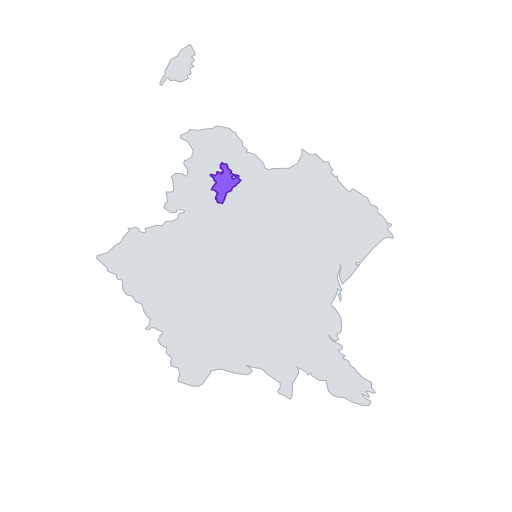 France, with Drôme highlighted, rotated 211°
{"feature_id": "FRA-5288", "entity_name": "Drôme", "entity_type": "Metropolitan department", "adm_level": 1, "iso_a3": "FRA", "parent_name": "France", "parent_adm1": "", "projection": "robinson", "projection_center": [5.26, 44.733], "detail": "fine", "context": "in_parent", "style": "filled", "palette": "violet", "viewbox_px": 512, "rotation_deg": 211, "n_neighbors": 0, "source": "natural_earth", "source_scale": "10m", "svg_char_len": 7085}
<svg xmlns="http://www.w3.org/2000/svg" viewBox="0 0 512 512"><g transform="rotate(211 256 256)"><path d="M379.9,214.0L377.0,215.4L375.2,218.1L373.4,218.8L370.0,218.8L368.3,217.1L364.3,218.2L362.7,220.0L365.1,222.2L357.1,231.1L352.0,233.5L350.9,239.4L344.8,243.7L342.6,248.4L342.4,249.3L344.0,250.8L343.3,253.8L340.3,255.7L340.3,257.7L341.2,257.9L345.9,256.4L347.6,254.6L346.7,252.2L351.4,249.2L359.9,249.9L360.9,253.9L359.8,257.2L366.0,264.5L360.7,267.9L360.4,270.1L365.9,277.4L369.4,280.4L367.6,285.3L361.8,288.4L358.1,288.2L356.5,289.0L356.7,290.5L359.3,295.0L365.6,297.9L366.5,301.3L364.8,302.5L362.0,307.6L363.2,310.1L362.8,311.2L363.4,313.0L365.1,314.7L373.8,319.0L381.7,318.2L382.7,320.7L377.9,327.4L378.2,330.4L375.8,330.5L375.4,331.5L370.5,333.7L362.7,340.5L359.1,342.5L357.6,345.9L355.5,347.9L344.2,351.8L342.1,350.9L336.6,351.0L333.2,348.5L326.6,347.0L324.4,343.4L318.3,342.7L318.0,340.3L309.3,342.5L297.2,339.2L293.0,335.8L289.5,336.7L286.3,339.8L273.2,348.0L268.0,356.6L268.9,366.5L271.8,371.4L263.8,370.7L259.1,372.1L257.8,374.2L246.6,371.8L242.4,373.8L241.2,373.7L239.8,371.6L234.3,369.2L235.2,367.6L234.4,366.1L229.3,364.9L227.4,366.4L225.5,363.5L211.0,359.0L208.7,359.0L207.6,363.5L198.3,363.4L196.9,362.6L190.9,363.5L184.5,359.3L177.4,360.2L173.1,355.8L168.9,355.5L162.9,353.3L160.2,352.1L159.9,350.9L158.1,352.8L155.8,352.4L155.4,351.8L156.9,349.4L157.3,346.6L149.8,344.5L147.9,342.5L147.9,341.5L152.0,340.5L155.7,336.7L159.6,322.6L162.6,306.1L164.5,302.9L166.8,302.1L165.0,299.8L162.7,302.8L164.5,287.7L167.5,276.4L173.6,281.0L175.0,283.0L176.7,289.7L180.1,292.5L177.9,289.8L175.9,280.9L174.6,278.4L164.9,270.9L164.6,269.2L168.9,270.1L167.3,264.5L166.7,252.8L160.7,251.6L151.3,246.6L145.0,237.7L144.4,234.4L146.2,230.8L144.8,228.6L142.1,227.0L144.3,224.0L146.3,223.7L153.2,225.4L147.6,222.5L138.4,223.5L134.8,222.5L134.3,220.4L136.8,217.7L133.9,216.0L128.6,216.4L128.0,215.7L129.6,213.7L128.3,213.0L124.0,213.7L121.6,213.1L119.4,210.9L112.6,210.4L111.1,209.1L101.7,206.6L91.8,207.0L89.2,202.6L83.2,200.4L84.5,199.0L90.6,197.7L91.9,196.5L87.5,194.7L86.1,192.8L94.2,192.4L90.6,190.5L82.8,190.6L81.9,188.0L83.0,185.3L87.7,182.8L99.1,180.2L107.4,180.1L113.4,177.0L119.2,176.1L124.6,177.7L131.8,185.4L137.8,182.0L146.6,182.1L148.4,184.0L150.8,180.5L152.7,182.5L163.5,181.9L161.1,180.5L159.1,177.2L159.1,165.2L153.9,156.5L152.7,153.3L153.1,150.6L159.5,151.1L164.8,149.9L167.4,150.7L167.8,156.3L170.0,159.6L184.7,160.6L193.2,162.3L200.4,159.2L207.2,157.7L207.7,157.0L203.9,157.3L200.4,155.9L199.9,154.4L201.9,150.0L212.2,145.2L227.3,141.1L231.2,138.4L235.8,133.5L234.8,132.3L235.8,119.1L238.1,114.7L243.8,111.6L258.3,108.4L260.1,112.6L259.9,115.0L263.7,118.7L265.6,119.9L272.0,117.9L274.9,121.3L275.8,125.2L283.4,126.8L285.6,131.9L287.0,130.8L291.8,131.0L294.0,131.5L297.1,133.7L296.2,136.7L297.5,138.2L296.2,141.0L297.1,142.2L305.9,142.2L308.5,140.9L309.8,138.1L312.4,136.5L313.4,137.0L311.7,142.2L313.0,143.6L313.6,147.4L316.9,147.7L323.4,150.8L328.8,155.8L335.6,155.0L340.9,157.8L346.4,156.3L351.6,157.9L353.4,159.4L358.3,166.5L362.0,165.0L364.6,165.9L365.5,167.9L375.4,166.7L377.2,168.7L379.3,169.5L391.8,172.1L392.0,174.8L384.9,182.4L381.8,193.1L379.7,196.9L379.0,199.7L379.6,201.6L379.2,204.5L377.8,211.5L378.7,213.6L379.9,214.0ZM428.0,360.0L427.4,364.5L429.3,367.7L430.1,380.7L426.5,387.0L426.0,394.6L421.4,403.6L414.1,399.5L411.8,397.3L413.8,393.9L409.5,392.0L410.5,388.7L410.0,387.0L407.0,386.8L406.8,385.9L409.0,383.4L408.9,381.8L406.1,379.7L405.5,378.0L408.2,376.0L406.9,374.1L405.4,373.7L409.0,367.8L411.5,366.0L417.2,364.4L419.5,362.2L423.3,363.4L423.9,362.8L425.0,353.4L426.2,353.3L427.5,354.6L428.0,360.0ZM165.5,265.2L164.6,267.8L160.9,263.2L160.5,260.7L165.5,265.2Z" fill="#d9dde1" stroke="#a8b0b8" stroke-width="1"/><path d="M316.3,282.1L316.6,282.2L316.8,282.4L316.8,282.7L317.1,282.9L317.3,282.9L317.7,282.9L317.9,283.1L318.3,283.7L318.6,283.9L319.8,284.0L319.5,285.1L320.5,284.8L320.8,285.4L320.9,286.3L321.2,288.0L320.7,289.5L320.9,290.1L321.2,289.9L322.3,290.0L322.6,290.6L323.0,290.7L323.4,290.7L324.1,290.8L324.7,290.7L324.9,290.7L325.0,290.8L325.0,291.0L326.1,291.1L327.8,290.1L328.5,290.1L328.1,290.9L328.2,291.4L328.4,291.9L328.7,292.7L328.6,293.0L328.4,293.8L328.4,294.9L327.8,298.1L327.9,298.7L328.2,299.1L330.0,299.6L330.0,298.9L330.5,299.1L331.1,299.7L331.8,300.2L332.4,300.9L332.6,301.0L335.6,301.5L336.5,301.4L336.7,301.7L336.9,301.9L337.0,302.1L337.0,302.3L336.8,302.5L336.6,302.7L336.2,303.0L335.3,303.3L334.9,303.4L334.6,303.5L334.3,303.6L333.9,303.5L333.6,303.5L333.4,303.4L333.1,303.4L332.7,303.6L332.6,303.8L332.6,304.0L332.6,304.3L332.4,304.7L331.7,305.7L331.5,305.9L331.5,306.0L331.6,306.4L331.6,306.5L331.8,306.7L332.4,307.1L332.6,307.3L332.7,307.5L332.8,307.8L332.6,308.0L331.5,308.7L331.2,308.8L329.5,308.3L328.7,308.2L328.2,308.2L328.0,308.4L328.0,308.6L328.0,308.8L328.1,309.0L328.3,309.4L328.5,309.5L328.8,309.7L328.9,309.8L328.9,310.0L328.7,310.3L328.2,310.3L327.6,310.1L327.3,310.1L327.1,310.2L327.0,310.4L327.1,310.6L327.5,310.9L327.6,311.1L327.7,311.3L327.7,311.6L327.8,311.9L328.8,312.6L329.1,312.7L329.5,312.8L329.8,312.8L330.2,313.1L330.4,313.1L331.6,313.1L331.8,313.1L332.0,313.1L332.1,313.3L332.0,313.5L331.9,313.8L331.9,314.0L332.0,314.1L332.2,314.3L332.5,314.6L332.7,314.8L333.1,314.9L333.2,315.1L333.4,315.3L333.4,316.1L333.3,317.3L333.1,317.7L333.2,318.5L332.9,318.7L332.7,318.7L332.4,318.4L332.4,318.2L332.0,317.8L331.4,317.7L331.1,317.8L330.8,318.1L330.5,318.5L329.8,319.1L329.0,319.5L328.1,319.4L327.9,319.3L327.0,318.6L326.6,318.5L326.4,318.3L326.2,318.1L326.2,317.8L326.1,317.6L326.0,317.4L325.9,317.1L325.7,316.9L325.4,316.9L325.2,316.9L324.9,316.9L323.2,316.3L322.8,316.3L322.4,316.3L322.0,316.4L321.3,316.2L320.9,316.1L320.6,315.9L320.5,315.7L320.5,315.0L320.5,314.8L320.7,314.4L320.8,314.1L320.8,313.9L320.6,313.8L320.3,314.0L319.9,314.3L319.6,314.4L319.3,314.4L318.1,314.2L317.8,314.2L316.1,314.6L315.6,314.8L315.2,315.0L314.7,315.2L314.5,315.3L313.8,315.3L313.6,315.4L313.4,315.5L312.9,315.8L312.7,315.9L312.4,316.0L312.1,315.9L311.9,315.8L311.8,315.6L311.3,314.2L311.1,314.0L310.9,313.7L310.6,313.4L310.4,313.3L310.2,313.2L309.5,313.2L308.8,313.1L308.1,313.2L308.3,311.2L308.5,310.5L308.4,310.3L308.4,310.1L308.5,309.8L309.1,309.0L309.2,308.7L309.6,305.7L310.1,304.7L310.8,303.9L311.3,303.0L311.5,301.9L311.4,301.4L310.9,300.5L310.8,300.1L310.9,299.3L311.1,298.8L311.3,298.5L311.7,298.1L311.9,297.9L312.2,297.8L312.3,297.6L312.4,297.1L312.5,297.0L313.0,296.5L313.1,296.4L313.3,296.1L313.8,294.6L313.9,294.1L313.7,293.6L313.0,292.5L312.9,291.9L312.9,291.6L313.1,290.9L313.1,290.6L312.9,290.3L312.7,290.1L312.6,289.9L312.7,289.5L312.2,289.2L312.2,288.5L312.3,287.8L312.0,286.6L311.9,285.6L311.9,284.7L312.1,284.1L311.9,284.1L311.9,283.6L313.5,283.4L315.8,282.2L316.3,282.1ZM314.0,313.7L316.0,313.7L316.3,313.6L316.5,313.4L316.9,312.7L317.0,312.5L317.4,312.2L317.6,312.0L317.6,311.7L317.5,311.4L317.3,311.2L316.3,310.3L316.0,310.1L315.6,310.1L315.3,310.2L315.0,310.5L313.8,312.3L313.6,312.8L313.6,313.1L313.6,313.3L313.7,313.6L314.0,313.7Z" fill="#8b5cf6" stroke="#5b21b6" stroke-width="1.5"/></g></svg>